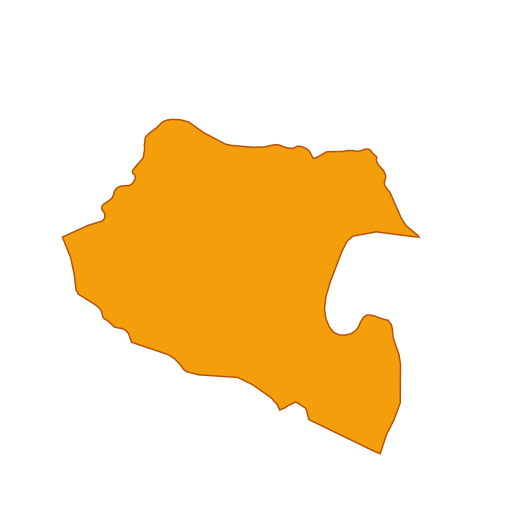 SVG path tracing the border of Batdâmbâng, rotated 201°
{"feature_id": "KHM-1778", "entity_name": "Batdâmbâng", "entity_type": "Province", "adm_level": 1, "iso_a3": "KHM", "parent_name": "Cambodia", "parent_adm1": "", "projection": "albers", "projection_center": [103.119, 12.947], "detail": "fine", "context": "isolated", "style": "filled", "palette": "amber", "viewbox_px": 512, "rotation_deg": 201, "n_neighbors": 0, "source": "natural_earth", "source_scale": "10m", "svg_char_len": 2381}
<svg xmlns="http://www.w3.org/2000/svg" viewBox="0 0 512 512"><g transform="rotate(201 256 256)"><path d="M178.6,391.7L178.2,388.9L175.3,385.5L167.1,381.1L163.7,377.4L163.0,375.3L162.6,371.0L161.7,368.8L159.9,367.1L153.6,363.3L134.2,343.6L126.6,338.0L112.2,333.2L110.7,332.0L110.8,332.0L116.1,330.4L152.5,321.6L172.5,309.4L176.2,302.7L177.4,291.8L177.4,258.0L176.0,242.2L173.0,231.0L168.2,222.5L162.1,216.0L156.2,212.7L150.0,212.1L144.7,214.0L139.6,217.3L136.1,222.2L134.9,226.6L134.8,231.5L133.8,237.1L131.5,240.5L127.3,242.0L123.8,242.5L116.2,242.5L109.5,243.3L109.5,243.1L105.2,240.5L102.7,237.1L98.7,228.9L87.2,215.2L82.2,206.5L68.9,171.1L68.7,170.4L68.5,152.1L70.2,136.3L69.2,116.7L69.2,115.9L76.2,116.1L147.9,122.2L154.9,131.7L164.8,133.7L167.0,133.7L172.5,127.6L174.6,124.6L178.7,120.7L182.9,124.9L191.0,129.0L212.8,134.6L229.6,136.1L233.2,135.0L266.7,124.6L279.5,123.1L282.5,124.0L288.2,127.6L294.9,130.8L302.5,132.4L341.3,130.9L346.2,136.8L348.1,138.4L350.3,139.6L354.1,140.4L362.4,138.9L371.0,142.3L374.9,143.0L376.2,143.6L377.4,144.6L380.3,148.7L382.0,150.2L384.2,151.4L387.9,152.8L408.2,156.7L411.8,159.8L418.7,173.0L428.4,188.0L443.5,204.3L423.8,224.4L413.5,232.5L412.3,233.6L411.3,235.1L410.9,237.1L411.5,239.6L412.8,241.4L413.8,242.4L415.5,243.4L416.9,244.7L417.6,246.8L416.9,249.6L412.6,255.8L411.3,258.2L411.0,261.3L411.0,262.9L411.3,265.1L411.2,267.1L410.5,269.3L408.4,271.8L406.7,273.1L405.1,274.0L400.0,276.2L399.1,276.9L397.9,278.3L397.0,280.7L396.5,284.2L397.1,286.7L398.3,288.3L400.3,289.0L400.8,289.4L401.2,289.9L401.6,290.6L401.7,291.4L401.7,291.9L401.6,292.9L396.6,307.0L396.8,309.0L398.3,315.8L399.9,319.4L401.6,326.0L401.7,327.0L401.5,328.1L399.8,332.3L394.6,340.3L394.1,341.6L393.9,342.1L391.6,347.2L389.9,349.2L387.4,351.2L383.3,353.5L375.8,356.0L367.0,357.0L349.4,352.5L324.9,349.5L319.7,350.2L298.4,356.2L287.2,360.8L281.5,364.8L276.9,367.3L274.2,367.9L266.9,367.9L262.0,369.0L260.0,369.9L258.9,370.7L257.9,372.2L257.4,372.8L256.2,373.5L254.4,374.1L251.8,374.5L249.9,374.5L248.1,374.4L246.6,374.1L243.6,372.9L240.2,370.0L238.7,368.4L238.2,368.0L236.7,368.2L235.7,368.6L230.8,374.3L228.0,378.1L226.0,379.2L212.3,384.8L207.5,387.6L203.8,389.0L201.2,389.6L198.8,390.0L196.9,391.1L192.3,394.9L190.5,395.8L189.0,396.1L187.8,395.9L186.8,395.6L186.2,395.3L185.8,395.0L184.8,394.1L178.6,391.7Z" fill="#f59e0b" stroke="#b45309" stroke-width="1.5"/></g></svg>